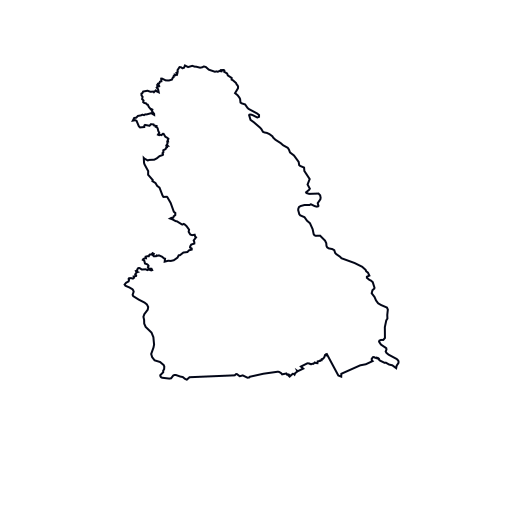 the district of Coyaima, Tolima, Colombia, rotated 117°
{"feature_id": "7082276B89434947154021", "entity_name": "Coyaima", "entity_type": "district", "adm_level": 2, "iso_a3": "COL", "parent_name": "Colombia", "parent_adm1": "Tolima", "projection": "equal_earth", "projection_center": [-75.157, 3.75], "detail": "fine", "context": "isolated", "style": "outline", "palette": "ink", "viewbox_px": 512, "rotation_deg": 117, "n_neighbors": 0, "source": "geoboundaries", "source_scale": "gbopen_adm2", "svg_char_len": 6150}
<svg xmlns="http://www.w3.org/2000/svg" viewBox="0 0 512 512"><g transform="rotate(117 256 256)"><path d="M397.6,261.5L394.2,260.2L372.0,220.8L370.2,220.1L369.9,219.4L370.5,215.9L368.4,213.6L368.3,208.3L367.2,206.8L366.4,206.7L357.5,195.9L349.1,183.9L348.8,182.6L349.0,180.3L349.6,179.0L346.9,175.6L347.6,174.6L346.9,173.7L346.8,173.0L347.6,173.2L348.2,171.3L344.3,169.8L343.9,168.7L344.2,167.8L342.6,167.9L340.0,166.7L339.6,167.2L339.7,166.5L334.9,162.8L334.1,165.8L328.3,161.5L327.6,159.9L327.7,158.5L327.3,158.2L327.3,157.6L326.3,156.7L326.0,155.9L324.2,155.3L324.2,154.2L323.6,152.6L321.9,153.2L320.3,151.2L319.8,151.3L319.1,150.2L318.1,150.6L317.1,149.6L315.3,149.2L313.0,149.5L312.7,148.5L311.8,149.0L311.2,148.4L325.1,128.4L324.8,125.3L322.2,126.5L306.1,113.5L302.6,109.0L296.7,104.4L296.3,105.5L295.2,106.2L293.1,105.9L292.5,105.1L292.6,103.4L291.9,102.6L292.2,101.9L291.5,101.3L291.7,100.0L292.3,100.0L292.9,98.0L292.8,92.9L292.1,91.9L292.3,88.2L291.5,84.9L292.3,80.2L289.8,80.9L286.8,80.5L285.6,80.9L284.6,81.8L283.9,83.8L283.7,93.1L283.1,95.8L282.2,97.1L280.1,97.3L279.0,98.1L278.2,104.4L276.8,107.0L276.2,107.6L275.3,107.6L274.0,106.5L273.0,104.5L270.5,103.9L260.9,108.9L254.2,110.7L252.1,110.5L248.9,112.3L243.9,114.2L242.5,115.9L242.9,122.4L242.7,125.7L241.1,128.9L238.7,131.8L236.7,136.0L233.6,136.7L231.3,135.8L230.5,136.0L226.3,140.1L225.7,142.5L225.8,144.1L225.1,147.3L224.1,147.8L222.0,146.1L220.0,148.7L219.6,150.9L218.6,152.0L217.4,156.5L217.5,165.0L219.2,178.8L218.5,180.8L217.9,185.3L217.3,186.9L215.3,188.9L215.2,191.2L216.2,194.7L216.0,196.5L215.0,197.8L212.7,199.2L211.0,201.4L208.8,208.1L210.9,212.0L211.0,213.3L210.4,214.5L206.4,217.7L202.3,222.8L201.4,226.6L199.4,230.4L199.7,235.1L199.1,236.4L195.9,239.3L194.5,239.8L192.8,239.9L191.2,238.9L188.5,235.9L186.2,231.4L185.0,230.6L184.9,226.4L184.5,224.4L183.7,223.3L183.0,223.1L180.9,225.0L176.2,224.4L174.7,224.9L172.8,226.4L172.0,228.7L176.5,236.8L177.0,239.6L176.5,240.3L172.8,238.7L171.6,238.6L168.9,242.5L163.1,243.1L158.3,251.5L155.4,253.3L155.7,257.6L155.4,258.8L152.8,260.7L149.2,267.8L148.3,272.7L146.2,275.0L145.2,276.8L145.0,282.2L144.2,285.3L143.6,291.5L142.7,294.5L141.9,295.7L141.3,299.3L141.4,302.2L142.1,304.6L142.2,306.2L140.5,308.8L139.8,310.6L137.8,318.7L137.2,322.7L133.6,326.1L133.0,326.0L132.3,324.8L132.0,322.8L132.0,317.7L130.6,316.5L129.0,317.3L128.5,319.8L128.3,329.4L127.8,331.0L125.9,334.5L126.5,338.2L126.3,339.5L123.4,341.4L122.4,342.7L121.1,345.4L120.4,348.6L114.8,348.2L113.3,348.8L112.4,349.8L112.0,351.0L110.9,352.4L109.9,356.3L109.9,357.8L108.4,358.5L107.9,363.1L106.5,364.6L106.3,368.0L105.1,368.4L104.9,369.2L106.1,371.3L106.6,370.5L107.1,370.5L107.7,372.5L109.2,373.7L109.4,374.9L110.5,376.3L111.4,382.6L110.4,386.5L110.8,388.5L112.3,389.6L113.6,391.3L114.5,395.3L115.1,396.5L115.5,399.1L118.5,402.3L118.5,405.8L120.9,405.6L122.1,406.7L121.9,408.6L122.4,409.9L126.0,410.3L127.5,409.3L128.8,410.0L129.2,408.9L130.6,408.7L131.2,410.7L131.9,410.2L132.7,411.1L134.1,410.6L134.7,411.1L137.0,411.0L139.1,413.2L140.5,416.1L140.6,420.4L141.0,421.0L143.3,419.6L144.3,420.7L145.9,420.6L146.9,421.5L148.0,420.1L148.7,421.5L149.1,421.1L149.3,420.0L150.0,420.8L150.5,420.5L151.1,420.8L151.8,419.0L154.3,417.0L154.4,419.2L154.0,420.5L156.4,421.3L156.1,422.1L157.6,424.6L158.0,427.7L160.7,431.2L162.5,431.2L163.3,431.8L164.8,431.0L165.7,429.3L167.9,428.7L168.5,426.8L170.1,426.4L170.4,425.0L169.9,423.4L170.5,422.0L170.3,421.1L171.8,419.2L173.2,416.0L173.1,415.6L172.6,415.6L172.6,414.8L174.1,414.5L175.6,411.3L176.5,410.8L176.3,414.2L179.4,417.6L180.1,419.0L181.3,419.7L181.7,421.4L182.9,422.3L184.8,424.8L187.1,425.5L188.3,427.2L191.3,427.2L189.8,425.2L189.8,423.8L193.6,419.3L194.1,417.7L191.8,414.1L190.4,414.7L189.6,414.4L188.3,410.0L186.3,409.5L185.3,407.0L186.0,406.0L185.4,403.8L186.4,403.8L186.3,402.6L187.0,401.5L188.9,399.9L190.1,398.2L192.4,398.4L192.3,397.1L191.5,396.5L191.2,395.1L189.4,394.5L189.1,393.8L190.9,390.9L191.0,388.5L191.4,387.2L192.6,387.3L193.9,386.3L194.3,387.0L196.0,385.9L197.4,386.0L197.9,384.5L198.7,385.7L199.6,384.7L200.1,385.2L201.8,385.1L203.9,386.6L205.7,385.6L206.8,386.0L207.6,385.0L208.3,384.9L210.8,387.3L214.0,388.7L216.4,390.4L218.9,394.8L220.0,395.8L219.9,399.6L219.6,400.5L223.9,398.0L225.0,396.9L229.3,390.6L232.6,389.0L235.2,382.5L236.3,382.3L236.6,378.7L238.4,375.9L238.9,373.0L244.5,366.8L245.4,365.3L243.7,362.3L243.9,361.6L247.5,356.1L253.9,349.3L254.3,347.4L256.2,346.5L258.2,347.4L259.2,347.1L260.1,347.7L260.4,348.7L261.6,349.5L261.3,347.2L261.4,343.4L261.0,342.2L261.5,336.3L261.3,335.7L260.3,335.1L260.2,334.1L260.9,331.5L262.9,327.6L265.0,327.0L266.4,324.8L266.7,324.1L266.4,322.3L264.9,320.3L266.4,318.9L266.6,317.9L270.4,318.6L271.7,317.2L272.9,316.6L275.2,318.9L277.3,319.0L278.4,318.6L278.5,316.7L279.5,316.2L281.4,318.3L283.6,318.9L285.9,322.3L289.8,324.1L290.5,325.2L293.1,325.2L297.1,327.3L299.1,329.7L300.1,332.1L302.5,334.8L299.7,335.8L299.9,336.9L299.3,339.3L299.5,342.8L300.4,343.6L300.5,344.7L301.5,344.9L302.6,346.8L302.2,348.1L300.5,348.0L300.4,349.4L302.2,349.9L302.8,351.2L303.5,351.5L304.9,351.4L305.5,352.7L306.7,354.0L308.0,353.0L308.5,354.0L309.8,355.0L310.8,355.1L310.9,353.4L313.1,351.5L312.8,349.2L313.1,348.0L313.6,347.2L315.0,347.3L315.6,346.6L315.8,345.6L314.8,343.3L315.7,342.1L316.4,342.8L316.7,345.4L317.9,346.4L317.9,348.2L319.9,351.6L319.6,354.3L320.2,355.4L321.8,355.7L322.8,355.3L323.9,356.2L324.2,355.7L324.1,354.2L325.0,355.0L327.1,355.3L327.6,354.0L328.2,353.8L329.8,355.7L330.7,354.8L332.0,355.4L332.4,357.2L333.4,359.0L334.3,359.1L334.8,358.3L336.5,358.0L338.8,359.6L341.1,360.1L341.8,358.8L341.5,354.6L341.7,351.0L342.2,350.0L343.3,348.8L346.6,348.3L347.5,347.2L348.1,340.6L348.1,334.1L348.7,331.2L350.4,328.9L353.0,328.1L358.5,329.1L361.3,328.7L363.7,326.7L367.0,324.9L369.3,322.1L371.7,314.3L374.9,310.6L381.2,306.6L384.0,305.8L390.9,304.9L393.3,302.6L395.0,299.0L394.0,293.3L395.1,288.7L396.2,287.5L398.5,286.5L400.4,286.6L401.7,285.9L405.7,287.2L406.6,286.5L407.1,285.6L407.1,284.4L404.6,277.6L403.5,276.1L400.1,275.5L399.1,274.7L398.4,273.3L397.8,268.8L397.1,266.3L397.7,263.5L397.6,261.5Z" fill="none" stroke="#020617" stroke-width="2"/></g></svg>